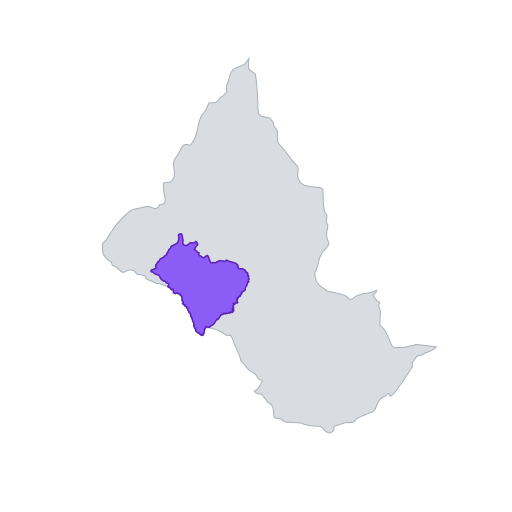 where Bamingui-Bangoran sits in Central African Republic, rotated 253°
{"feature_id": "CAF-806", "entity_name": "Bamingui-Bangoran", "entity_type": "Prefecture", "adm_level": 1, "iso_a3": "CAF", "parent_name": "Central African Republic", "parent_adm1": "", "projection": "robinson", "projection_center": [20.535, 8.397], "detail": "fine", "context": "in_parent", "style": "filled", "palette": "violet", "viewbox_px": 512, "rotation_deg": 253, "n_neighbors": 0, "source": "natural_earth", "source_scale": "10m", "svg_char_len": 9680}
<svg xmlns="http://www.w3.org/2000/svg" viewBox="0 0 512 512"><g transform="rotate(253 256 256)"><path d="M347.9,187.3L352.3,188.5L353.0,190.0L351.8,194.9L352.7,198.0L355.1,200.6L357.6,201.7L360.0,202.4L368.2,204.0L371.7,205.8L376.2,211.5L381.9,216.8L383.3,219.5L383.0,222.1L381.3,225.1L381.6,226.4L384.2,229.5L387.2,232.6L392.7,236.1L402.2,241.6L406.6,245.2L408.1,248.0L410.5,251.0L413.9,253.8L416.2,255.9L414.6,261.9L415.1,263.9L416.0,265.6L417.9,268.0L418.7,271.0L420.7,274.8L423.1,276.6L427.0,277.2L429.0,279.0L433.4,282.0L437.5,284.6L439.3,286.4L440.4,288.0L441.4,289.9L441.8,291.8L441.9,295.8L442.7,300.9L444.9,304.3L447.0,306.9L438.5,303.9L437.2,303.9L435.7,304.4L431.3,308.0L429.9,308.5L424.3,307.7L410.8,304.8L400.4,302.1L397.2,301.1L391.7,300.1L388.0,302.0L384.6,308.5L383.6,309.7L378.2,311.6L375.6,311.1L369.3,312.9L359.6,310.2L356.2,310.7L353.5,312.1L346.5,315.0L342.3,316.7L337.4,318.2L332.7,320.5L329.6,321.8L326.5,321.8L323.8,320.5L320.7,319.3L317.1,319.1L313.3,319.8L310.1,322.3L308.8,324.2L306.0,329.1L302.8,337.0L301.5,338.6L300.3,339.4L285.2,335.5L278.6,334.5L274.2,335.8L268.7,333.5L266.3,333.2L265.2,333.9L262.1,332.8L257.1,330.1L252.3,329.0L248.0,329.4L245.4,328.5L243.3,325.9L240.5,321.0L235.6,316.2L229.0,312.4L224.9,309.5L223.2,307.6L219.7,306.5L214.2,306.3L209.0,308.2L201.5,314.2L194.5,326.5L190.6,331.2L187.5,332.4L186.7,335.3L188.3,340.0L188.7,345.5L187.6,354.7L188.0,361.4L186.3,360.3L184.7,357.2L184.0,356.5L179.3,357.9L177.0,359.2L175.7,360.5L174.7,360.6L173.3,358.9L172.1,358.6L170.3,358.9L168.4,358.9L167.2,358.7L166.4,358.8L164.3,357.8L156.3,355.2L155.0,354.4L153.4,354.5L149.3,356.7L147.1,357.4L140.6,358.7L133.6,359.4L130.9,359.5L129.0,360.5L127.8,361.9L125.6,370.4L125.1,371.8L125.2,374.0L124.5,380.8L124.8,383.0L116.4,401.7L115.0,398.6L114.1,394.9L113.8,390.7L114.0,389.6L113.5,388.4L112.7,384.9L113.4,382.7L112.9,380.4L111.2,378.1L109.8,376.4L108.9,374.8L108.2,374.1L106.6,373.9L104.4,373.1L95.1,362.1L85.4,349.7L83.4,345.7L82.6,343.4L85.0,343.1L85.6,342.7L85.6,341.6L84.2,338.5L83.5,334.4L82.3,332.0L78.5,328.2L74.8,325.3L73.7,323.8L73.0,321.7L71.7,308.4L71.0,304.6L69.9,302.9L69.1,302.1L68.8,301.2L68.9,298.8L69.4,296.7L69.4,295.9L70.4,294.0L70.4,281.7L69.3,280.0L67.1,279.9L65.9,278.1L65.0,275.9L65.3,274.3L67.4,271.7L68.8,270.8L72.9,268.8L74.1,267.8L74.8,266.6L75.3,264.9L77.7,258.6L81.3,252.3L82.8,250.9L86.5,241.6L87.3,239.2L87.9,236.9L89.1,234.9L93.0,231.8L96.0,226.3L99.2,226.5L102.5,227.4L106.7,227.9L110.0,226.8L112.2,224.6L122.5,220.9L123.2,218.0L124.8,216.4L126.7,215.0L127.4,214.8L127.5,215.8L128.6,218.9L131.0,222.0L134.4,225.3L135.4,225.1L137.5,222.6L142.8,221.0L144.2,220.3L148.0,216.6L152.6,214.2L155.2,213.4L159.8,210.9L163.1,211.2L168.4,210.8L177.2,209.7L183.5,209.3L186.7,208.8L187.5,208.3L188.8,204.7L189.7,203.7L192.1,202.2L196.8,196.8L199.9,192.3L200.8,190.6L201.4,190.3L202.8,188.4L201.5,186.5L196.2,182.4L196.3,181.9L196.0,181.2L196.3,180.6L198.3,179.0L201.0,177.1L203.9,176.4L211.3,176.6L217.7,176.2L219.2,176.3L224.2,175.3L227.6,174.4L231.1,172.5L239.0,172.7L245.6,167.8L247.5,166.9L248.3,166.1L248.6,165.4L251.7,163.4L255.1,159.3L257.9,155.7L258.6,153.1L266.1,144.4L268.7,144.6L270.0,143.5L272.9,137.7L273.8,136.6L276.9,135.6L278.4,133.9L279.6,131.3L279.6,128.1L279.1,125.6L279.1,124.4L279.8,123.2L281.0,122.1L286.6,118.9L288.1,117.4L288.9,116.1L290.5,115.8L292.3,116.0L293.4,115.1L294.6,113.7L298.5,111.8L302.1,110.3L306.0,110.9L312.9,112.8L315.0,117.0L316.0,118.4L324.5,128.3L326.2,130.6L330.5,137.7L333.1,142.5L336.1,149.5L336.4,153.2L336.0,156.4L335.4,165.6L334.6,168.2L330.9,173.1L330.7,175.3L331.5,177.2L332.6,177.9L333.3,178.8L332.9,183.1L334.3,184.8L337.1,185.9L344.2,186.6L347.9,187.3Z" fill="#d9dde1" stroke="#a8b0b8" stroke-width="1"/><path d="M252.5,162.7L252.9,163.0L253.8,164.0L254.4,164.2L254.9,164.3L255.1,164.2L255.3,164.2L255.7,163.4L255.9,163.2L256.4,162.5L256.5,162.4L257.3,162.1L257.8,162.1L258.0,162.0L258.2,161.9L258.5,161.6L258.7,161.3L258.9,160.6L259.1,160.3L259.3,160.1L260.0,159.5L261.0,158.8L261.4,158.5L263.0,158.1L264.4,158.0L265.8,157.5L266.0,157.3L267.0,156.3L267.1,156.2L267.3,155.5L267.4,155.3L267.6,155.1L268.2,154.5L268.8,153.9L269.5,153.4L270.6,152.7L271.0,152.4L271.6,151.2L271.8,151.1L272.6,151.3L272.9,151.4L273.0,151.7L273.3,152.3L273.3,152.6L273.2,153.3L273.2,153.6L273.5,155.3L273.6,156.6L273.7,156.8L273.9,157.0L274.1,157.2L274.6,157.2L275.3,157.1L276.1,157.1L276.5,157.3L276.7,157.6L277.2,158.5L279.0,160.2L279.1,160.5L279.3,161.5L279.6,161.9L279.9,162.3L280.9,163.2L281.2,163.6L281.3,164.2L281.6,166.4L281.7,166.8L281.9,167.2L282.4,167.8L282.6,168.3L283.2,170.4L283.4,170.8L283.6,171.0L284.4,171.5L284.8,171.7L285.1,172.0L285.8,173.1L286.2,173.5L287.3,174.2L287.6,174.5L287.9,175.1L288.0,175.6L288.3,176.1L288.6,176.6L290.0,177.7L290.3,178.0L290.3,178.3L290.3,179.2L291.1,183.5L291.4,184.4L291.8,185.0L294.0,186.8L294.4,187.0L296.1,187.5L298.3,187.9L298.8,188.1L299.1,188.3L299.3,188.6L299.3,189.4L299.2,190.6L298.7,191.3L298.0,191.4L292.3,190.8L291.7,190.6L290.6,189.9L290.0,189.7L289.3,189.8L288.7,189.9L287.9,190.1L287.7,190.3L287.4,190.6L287.0,191.1L286.8,191.6L286.6,192.2L286.5,192.8L286.5,193.6L286.6,193.9L286.7,194.3L287.6,196.2L287.8,196.9L287.7,197.3L287.7,197.6L286.7,200.2L286.6,200.6L286.6,201.0L286.7,201.3L286.9,201.6L287.3,202.0L287.4,202.3L287.5,202.6L287.2,203.0L286.6,203.3L285.7,203.5L284.9,203.7L284.2,203.7L283.8,203.5L283.5,203.1L283.1,202.1L282.9,201.6L282.6,201.3L281.9,200.8L281.6,200.5L281.4,200.2L281.1,199.4L280.9,199.3L280.7,199.2L280.2,199.3L278.2,200.5L277.7,200.8L276.8,200.9L276.6,201.0L276.4,201.3L276.1,202.0L275.9,202.4L275.7,202.4L274.2,201.8L273.8,201.8L273.3,201.9L272.8,202.1L272.4,202.7L272.1,203.2L271.5,203.6L270.4,204.4L269.9,204.9L269.6,205.5L269.8,206.2L270.7,208.6L270.7,209.8L269.4,210.2L264.7,210.5L262.9,210.8L262.3,211.7L262.1,212.5L262.2,213.1L262.1,213.6L262.0,213.9L261.5,215.0L261.4,215.4L261.4,215.7L262.0,217.2L262.2,220.3L261.6,220.8L261.3,221.6L261.1,222.7L261.0,223.0L260.2,223.9L260.0,224.3L260.0,224.8L260.1,225.1L260.5,226.0L260.6,226.6L260.6,226.8L260.4,227.1L259.3,228.1L258.9,228.4L256.9,231.7L256.5,232.3L255.2,234.1L255.1,234.3L254.7,234.7L252.6,235.8L252.3,236.0L251.8,236.0L251.5,235.9L250.8,235.6L250.5,235.5L249.5,235.5L249.1,235.7L248.8,236.2L248.0,238.6L247.9,239.1L247.6,239.6L245.8,241.3L245.1,241.6L244.5,241.4L244.3,241.4L244.0,241.6L242.6,242.9L242.0,243.1L241.8,243.1L241.6,243.0L241.5,242.7L241.3,242.6L240.4,242.7L240.2,242.7L239.9,242.5L239.6,242.7L239.2,243.1L238.8,242.9L238.1,242.5L237.9,242.6L237.4,242.6L236.7,242.6L236.0,242.6L235.7,242.3L235.5,241.8L235.0,241.6L234.4,241.5L233.9,241.3L233.8,241.1L233.7,240.6L233.3,240.4L233.1,240.4L233.1,240.6L232.6,239.8L232.4,239.6L231.8,239.5L231.2,239.1L230.3,238.3L229.4,237.1L229.1,236.9L228.4,236.5L227.8,236.1L227.0,235.9L226.6,235.5L226.1,234.5L225.6,231.9L225.0,231.2L224.9,231.2L224.8,231.3L224.6,231.6L224.2,231.3L223.6,230.5L223.4,230.2L223.3,229.9L223.1,229.1L222.5,229.4L222.0,228.8L221.8,226.7L221.2,226.8L221.0,226.5L221.1,225.8L221.0,225.5L220.7,225.5L219.9,225.1L219.8,225.4L219.6,225.4L218.7,225.0L218.4,225.0L218.0,224.5L217.6,224.7L217.1,224.6L216.9,224.8L216.5,224.2L216.7,223.5L217.0,222.7L217.2,222.0L217.0,221.8L216.2,221.7L216.2,221.4L216.4,221.0L216.9,220.4L216.1,220.6L215.8,220.5L215.5,220.2L215.2,220.1L214.6,219.3L214.2,219.0L213.5,219.5L213.1,219.5L213.0,219.3L212.3,218.3L212.3,219.1L211.9,219.0L210.9,217.9L210.6,218.5L210.5,218.8L210.0,218.5L209.0,216.9L209.0,216.6L209.7,215.9L209.9,215.6L209.7,215.4L209.2,214.9L209.0,214.3L209.9,213.8L209.8,213.2L209.5,212.6L209.3,212.2L209.7,211.9L209.9,211.5L209.9,210.7L209.7,210.3L209.6,210.0L209.7,209.6L209.9,209.4L210.5,209.1L210.7,208.7L210.1,208.6L210.0,208.2L210.1,207.3L210.0,206.3L210.1,206.0L209.7,205.7L209.6,205.4L209.7,205.1L209.5,204.6L208.0,203.1L207.4,202.4L206.9,201.7L206.9,201.2L206.5,201.1L206.5,200.9L206.8,200.6L206.9,200.3L206.8,200.1L206.4,199.9L206.3,199.7L206.3,199.3L206.2,199.1L205.6,198.3L204.5,197.3L204.1,196.8L202.7,194.1L202.5,193.3L202.4,192.4L202.2,191.6L201.5,190.9L201.5,190.3L201.8,189.4L201.7,189.2L202.0,189.1L202.3,188.5L203.2,187.8L202.6,187.0L201.7,186.3L201.3,186.0L201.0,185.4L197.5,183.7L197.1,183.5L197.0,183.0L196.9,182.5L196.7,182.1L196.2,182.4L195.7,182.0L195.7,181.5L196.4,180.4L196.7,180.5L196.9,180.5L197.2,180.3L197.3,179.7L197.5,179.6L198.2,179.2L198.8,179.0L198.9,178.9L198.9,178.6L199.1,178.4L199.6,178.0L200.2,177.4L201.4,176.8L202.5,176.4L203.3,176.7L203.8,176.7L204.5,176.9L204.9,176.4L205.2,176.3L206.4,176.2L207.0,176.0L207.3,176.0L207.7,176.2L208.0,176.5L208.3,176.6L208.5,176.3L208.9,176.5L209.4,176.7L209.9,176.9L210.4,176.9L210.8,176.8L211.9,176.4L212.2,176.5L214.5,176.5L214.9,176.7L215.2,176.5L215.9,176.5L216.7,176.1L217.6,175.9L218.4,176.5L218.9,176.2L220.1,176.3L220.4,176.1L220.6,176.0L221.3,175.6L221.9,175.5L222.6,175.3L223.3,175.2L225.7,175.4L226.1,175.2L226.5,174.6L226.9,174.9L227.3,174.8L228.1,174.2L228.8,174.1L229.0,173.5L229.1,173.3L229.4,173.4L229.5,173.9L229.7,174.0L229.9,173.8L229.8,173.5L229.9,173.3L230.7,172.5L231.0,172.3L231.6,172.6L231.9,172.6L231.9,172.0L232.2,171.9L232.4,172.1L232.7,172.5L233.0,172.9L233.5,173.1L233.9,172.9L234.8,172.3L235.2,172.1L235.5,172.2L235.9,172.5L236.5,173.1L237.1,172.9L239.5,173.1L240.1,172.9L241.1,172.2L241.4,172.2L241.8,172.3L242.3,171.6L242.7,170.8L243.1,170.1L243.9,169.8L244.0,169.5L243.7,168.7L243.5,167.9L244.1,167.5L244.4,167.5L244.6,167.3L244.8,167.0L244.8,166.5L244.9,166.2L245.2,166.3L245.8,166.7L246.4,166.7L246.9,166.8L247.1,166.9L248.6,166.9L248.2,165.5L249.4,164.8L250.7,164.4L251.0,164.1L251.2,164.4L251.5,164.0L251.8,163.3L252.2,163.1L252.4,162.8L252.5,162.7Z" fill="#8b5cf6" stroke="#5b21b6" stroke-width="1.5"/></g></svg>